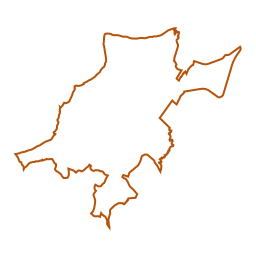 Puerto Colombia, Atlántico, Colombia
{"feature_id": "7082276B53697702098906", "entity_name": "Puerto Colombia", "entity_type": "district", "adm_level": 2, "iso_a3": "COL", "parent_name": "Colombia", "parent_adm1": "Atlántico", "projection": "equal_earth", "projection_center": [-74.901, 10.997], "detail": "fine", "context": "isolated", "style": "outline", "palette": "amber", "viewbox_px": 256, "rotation_deg": 0, "n_neighbors": 0, "source": "geoboundaries", "source_scale": "gbopen_adm2", "svg_char_len": 5752}
<svg xmlns="http://www.w3.org/2000/svg" viewBox="0 0 256 256"><path d="M173.6,28.5L171.2,29.2L167.8,30.6L162.5,34.4L160.3,35.5L156.8,36.3L155.1,36.5L153.9,36.3L152.1,37.0L150.2,36.8L144.9,38.3L141.6,37.9L139.5,38.0L138.4,38.4L136.3,38.6L132.2,38.5L130.1,38.1L126.7,36.7L123.1,36.7L118.2,35.2L113.2,35.2L112.2,34.6L111.3,34.5L110.7,33.8L106.7,33.5L105.2,33.9L104.3,35.5L104.3,36.7L104.1,37.3L103.9,41.0L103.5,44.3L103.7,45.1L104.1,45.9L104.9,51.8L105.8,56.6L106.1,60.1L106.0,61.7L105.2,63.0L104.8,65.2L104.4,66.3L104.2,66.7L102.5,68.0L101.7,68.9L100.8,70.1L99.7,72.3L96.6,74.8L95.1,76.6L90.8,79.6L88.6,80.5L86.4,82.0L83.6,83.2L83.6,83.8L83.7,84.2L81.1,85.4L78.2,86.0L77.2,85.7L76.0,85.6L74.7,86.3L74.6,86.7L74.9,87.0L74.5,88.0L74.8,88.3L74.9,89.1L73.8,91.2L73.1,92.1L72.6,93.2L72.4,94.6L69.2,101.5L68.3,102.2L65.8,103.2L64.1,102.7L63.7,103.2L63.3,104.6L61.9,106.2L60.7,107.6L60.4,107.6L60.1,107.3L60.2,107.8L59.8,109.7L60.0,110.7L59.8,111.3L59.7,111.4L60.0,112.1L59.9,112.8L59.1,115.0L58.9,115.2L58.8,117.0L58.5,118.2L57.4,119.8L57.5,120.8L58.2,121.5L58.4,121.9L58.3,122.8L58.0,124.0L57.2,125.4L56.8,126.7L57.0,127.0L57.0,127.4L56.8,128.8L55.2,131.2L53.8,132.2L53.6,132.5L54.0,133.5L55.4,134.0L55.3,134.4L53.8,135.4L51.5,139.1L50.8,139.8L45.0,141.9L39.7,145.4L36.8,146.5L35.8,147.2L32.0,149.4L28.4,150.4L24.7,151.8L21.0,152.5L19.2,153.3L15.4,154.1L18.0,157.6L19.1,160.8L19.9,161.8L21.1,162.2L21.5,162.9L21.7,164.1L22.2,165.0L22.9,165.5L23.7,167.0L23.8,167.4L23.6,168.7L23.7,169.3L24.0,168.8L24.1,168.0L26.9,166.1L28.6,163.7L30.8,162.5L33.1,161.9L34.4,162.0L35.6,161.3L38.3,161.3L40.3,160.5L41.1,160.6L42.1,159.9L42.3,160.6L45.9,159.4L46.5,158.9L47.5,159.3L52.2,159.0L54.7,163.4L55.5,163.6L56.0,164.3L56.1,165.2L56.0,166.2L54.9,169.4L55.8,170.6L58.9,172.6L61.0,174.3L62.0,176.2L63.6,178.0L66.5,177.9L67.5,177.6L68.1,176.9L68.8,175.1L68.9,174.4L68.7,170.9L68.4,168.6L73.5,170.5L74.5,171.2L75.7,172.5L76.2,172.5L77.5,171.0L78.7,170.5L80.0,170.6L81.5,171.4L82.0,171.4L84.2,169.8L87.1,167.2L88.2,166.5L89.4,164.7L90.9,165.8L90.4,167.4L90.5,168.7L91.1,169.5L92.5,170.5L93.6,171.0L95.5,170.2L98.2,170.3L99.1,170.5L99.5,171.0L99.8,171.2L101.1,171.2L102.3,171.4L103.3,172.1L104.5,174.1L105.9,174.9L107.8,175.5L105.7,179.1L105.0,181.3L104.5,182.3L103.9,183.2L102.7,183.9L101.1,186.0L100.1,186.3L98.3,186.3L95.4,184.7L94.9,185.8L94.5,187.0L94.6,188.7L95.0,189.8L96.0,190.9L93.8,193.8L93.6,194.4L93.5,195.1L95.0,199.4L95.2,201.4L94.9,204.2L94.2,207.8L93.8,209.4L92.5,212.0L91.1,213.6L92.3,214.5L93.4,215.7L94.5,216.2L95.8,216.4L97.8,216.1L100.0,216.8L101.1,213.1L102.2,214.7L103.4,215.3L103.8,215.9L104.6,216.2L105.2,216.6L105.9,218.0L106.5,218.6L107.3,221.9L107.1,223.7L107.2,224.3L109.4,227.6L109.4,226.5L108.9,225.1L108.6,221.1L108.4,220.7L108.3,219.8L108.5,218.9L108.9,217.8L109.8,214.4L110.2,213.5L110.0,210.5L110.4,209.5L110.8,209.0L111.7,208.2L112.1,207.7L112.6,207.6L113.0,206.9L114.0,206.2L114.6,205.4L118.8,203.1L122.2,203.1L122.8,203.3L123.4,204.0L124.0,204.2L124.6,203.4L125.4,203.2L125.6,202.3L126.8,201.6L127.1,200.4L127.9,200.3L128.1,199.7L128.1,198.9L128.3,198.4L135.5,197.8L137.2,194.1L132.7,188.9L130.1,186.7L129.0,184.8L127.6,181.6L126.0,179.2L124.9,178.4L123.9,178.3L122.4,177.0L123.3,175.0L128.2,176.6L128.2,176.1L129.4,172.7L138.2,165.3L139.6,162.7L140.7,160.2L141.8,156.2L144.6,154.6L147.3,154.6L154.3,160.6L154.7,162.5L157.5,166.1L160.0,171.0L160.2,171.3L160.2,170.9L160.3,171.0L160.8,170.3L161.0,169.4L161.4,166.4L161.4,165.4L160.6,164.5L160.3,163.6L159.1,162.9L159.0,162.6L159.1,162.3L159.8,162.3L160.6,162.6L160.8,162.2L161.1,162.4L161.5,161.7L161.1,160.9L160.5,160.1L160.4,159.5L159.9,159.2L160.7,158.5L161.2,158.6L161.5,158.0L161.7,157.8L161.9,158.0L162.0,157.6L162.4,157.7L162.7,158.0L163.4,157.3L163.7,157.2L164.1,157.5L164.8,156.9L165.0,156.2L164.8,156.1L164.7,155.1L165.5,155.1L166.6,154.7L166.8,154.3L166.7,153.8L167.5,153.1L167.8,153.1L167.9,152.9L167.8,152.4L168.0,152.3L168.1,151.8L168.3,151.8L168.2,151.1L168.5,151.1L168.7,150.9L169.4,150.7L169.6,150.2L169.2,149.6L169.2,149.1L170.0,147.8L170.3,147.1L171.2,146.4L173.0,146.2L173.4,145.1L173.3,144.9L172.1,144.3L171.6,143.4L171.9,142.5L172.6,141.1L172.6,140.5L172.2,139.8L171.7,139.7L170.0,140.8L169.7,140.4L169.5,139.8L169.9,138.6L170.3,137.7L170.5,136.3L170.3,135.7L169.9,134.9L169.9,134.5L169.3,134.5L169.1,134.3L168.8,133.5L169.3,132.9L169.7,132.9L170.9,132.0L171.2,131.6L171.1,131.1L171.4,130.8L171.4,130.6L170.8,130.3L170.2,130.7L169.5,130.4L169.2,129.5L169.2,129.1L169.5,128.3L169.8,127.9L159.7,118.0L172.3,100.5L173.8,102.1L176.6,104.4L177.2,103.4L178.5,100.4L179.2,99.5L180.3,96.6L180.7,96.0L182.7,94.1L184.1,92.6L184.2,92.3L184.2,91.6L202.0,88.7L205.1,88.9L208.1,90.0L218.2,97.2L219.7,97.4L222.2,96.1L223.1,94.9L230.6,69.9L232.1,64.8L232.9,62.5L234.7,58.7L236.2,56.0L240.2,50.3L240.6,49.3L240.6,47.9L240.1,46.8L229.3,54.6L228.5,54.9L225.9,55.0L225.1,55.3L223.1,57.9L221.8,58.9L207.2,64.2L205.9,64.3L203.2,64.1L194.1,61.1L193.2,64.9L192.9,64.8L191.8,65.5L191.5,66.0L191.0,66.2L188.4,69.2L186.5,73.8L185.3,71.5L183.4,73.7L183.3,73.4L182.6,74.4L182.0,75.9L180.5,77.6L180.4,77.5L178.9,80.6L176.6,78.5L181.5,70.3L177.7,69.2L177.1,68.7L176.0,67.1L175.7,66.2L176.1,65.0L176.5,64.5L174.7,61.3L174.4,61.3L174.0,60.9L174.7,56.3L175.0,56.1L175.2,55.4L177.8,46.9L178.0,45.4L178.0,44.6L177.2,43.1L176.5,40.4L176.7,39.7L178.0,38.7L178.4,38.1L178.6,37.2L177.9,36.8L178.2,36.3L178.1,36.0L178.4,35.3L178.2,35.1L178.9,33.5L179.1,32.3L178.7,32.0L178.1,32.2L177.5,32.0L177.3,32.2L177.1,32.1L176.5,30.9L176.0,30.9L175.5,32.5L175.6,33.3L174.9,34.3L174.5,33.6L174.5,32.8L175.5,31.4L175.4,30.8L175.8,30.4L175.3,30.0L174.4,30.9L174.2,30.7L174.2,30.4L174.7,29.7L175.0,29.6L175.0,29.1L175.4,28.4L174.8,28.5L173.7,29.2L173.5,28.7L173.6,28.5Z" fill="none" stroke="#b45309" stroke-width="2"/></svg>